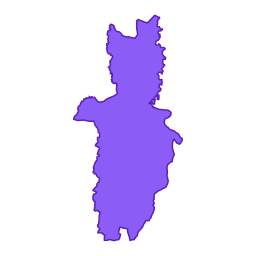 Bagoue, Savanes, Ivory Coast
{"feature_id": "98640826B26044148659027", "entity_name": "Bagoue", "entity_type": "district", "adm_level": 2, "iso_a3": "CIV", "parent_name": "Ivory Coast", "parent_adm1": "Savanes", "projection": "natural_earth1", "projection_center": [-6.474, 9.903], "detail": "fine", "context": "isolated", "style": "filled", "palette": "violet", "viewbox_px": 256, "rotation_deg": 0, "n_neighbors": 0, "source": "geoboundaries", "source_scale": "gbopen_adm2", "svg_char_len": 5729}
<svg xmlns="http://www.w3.org/2000/svg" viewBox="0 0 256 256"><path d="M162.2,82.6L161.8,82.3L162.0,79.8L161.5,79.5L160.2,79.9L158.8,79.0L158.9,75.9L157.3,74.0L158.9,72.5L160.0,72.1L160.9,72.2L161.5,73.7L161.9,73.9L162.2,73.5L162.3,72.4L163.1,71.1L161.9,69.6L161.7,68.8L164.7,65.1L164.4,64.7L163.3,64.3L163.1,63.5L162.4,62.8L163.0,60.9L162.9,59.5L163.2,59.2L163.9,59.0L165.3,59.3L165.6,57.8L165.4,57.3L163.8,56.2L162.6,54.9L162.3,51.6L163.5,50.2L164.9,49.2L165.1,48.5L164.0,47.6L160.6,47.4L160.3,47.0L160.3,45.4L159.3,44.2L158.7,44.0L158.0,45.0L156.9,45.2L155.8,44.6L155.5,43.5L156.2,41.2L157.2,40.4L158.1,40.3L159.4,38.6L160.3,36.6L159.9,36.0L159.2,36.2L160.0,34.5L159.6,34.1L158.5,34.0L157.9,32.6L158.1,32.0L158.9,31.0L161.0,30.8L162.4,29.4L162.3,29.0L160.9,29.0L159.5,27.5L159.1,26.6L157.9,26.7L157.0,25.9L157.0,25.1L157.3,24.7L157.8,22.0L157.3,20.8L159.0,18.9L159.1,18.1L159.6,17.9L159.4,17.3L158.0,17.2L157.3,16.5L154.7,15.4L147.5,22.8L144.6,22.2L141.6,20.8L139.9,20.4L138.5,19.5L137.1,20.3L136.5,21.0L136.9,21.8L136.7,22.7L136.7,28.4L137.7,34.5L135.1,38.1L134.3,38.3L131.8,37.5L130.8,37.6L129.2,36.8L126.4,36.9L125.4,36.7L122.1,35.4L121.5,33.9L119.7,32.2L118.8,31.7L117.0,31.6L116.2,31.0L114.9,29.4L114.3,26.7L113.3,25.3L111.2,24.3L110.3,24.5L110.3,25.0L109.6,25.7L109.7,27.3L109.4,28.0L109.5,28.6L110.6,29.0L110.6,29.5L110.4,30.2L109.8,30.6L108.7,30.5L107.7,31.3L107.8,32.3L107.2,33.8L107.2,34.6L108.5,36.1L108.4,37.7L107.8,39.0L108.2,40.3L107.9,41.5L108.8,42.8L108.6,43.3L108.1,43.8L107.2,43.5L106.8,43.7L106.6,45.4L107.2,46.2L107.3,47.0L107.3,47.3L106.7,47.7L106.6,48.2L106.8,49.6L107.3,50.3L107.2,51.7L107.6,52.6L108.6,53.8L110.6,53.8L110.5,54.9L110.6,55.4L112.2,55.8L112.6,56.7L112.3,57.8L110.6,60.7L109.8,61.2L110.5,62.6L110.0,63.2L110.5,65.6L108.5,67.0L109.2,67.3L109.4,68.2L109.3,68.8L109.9,69.0L110.0,69.2L109.8,70.3L110.7,71.6L110.6,72.1L110.9,72.6L110.5,73.3L111.4,73.1L111.7,73.3L111.7,74.0L112.2,73.8L112.4,74.5L112.1,74.8L112.1,75.9L112.5,75.9L112.5,76.3L112.0,76.7L111.7,76.6L111.6,76.9L112.1,78.5L112.0,79.3L111.5,79.6L112.0,80.0L111.7,81.1L112.1,81.0L112.3,81.2L112.1,81.8L112.6,82.0L112.6,82.5L113.3,83.3L114.2,83.5L115.3,82.9L115.8,83.6L116.3,83.4L116.8,84.1L116.4,90.0L116.9,91.8L117.5,92.6L117.4,93.4L117.0,94.0L114.3,95.8L107.3,98.7L103.4,101.6L99.2,102.1L97.9,101.7L94.5,97.4L93.3,97.5L92.6,97.0L91.7,96.8L91.3,97.6L90.8,98.0L90.3,97.2L89.3,96.7L89.4,97.4L88.9,97.8L87.2,98.1L86.5,97.8L85.8,98.2L84.9,99.1L84.0,98.9L84.0,99.4L83.3,100.9L82.8,101.3L81.8,101.2L81.6,102.0L81.1,102.4L80.1,104.6L79.9,105.6L78.6,106.3L78.1,107.0L78.0,107.8L78.1,108.6L77.8,109.2L78.4,110.1L78.3,111.8L77.4,112.8L77.2,113.8L76.5,114.9L74.8,116.0L74.0,117.9L73.7,119.3L77.7,120.5L83.2,120.1L85.7,120.4L86.8,120.8L89.3,121.2L91.9,121.3L93.7,121.0L95.2,125.4L97.3,128.0L98.4,130.4L98.2,132.2L99.0,132.6L99.5,133.5L99.7,135.5L99.6,136.8L99.2,137.2L98.0,137.3L97.5,137.7L97.5,140.3L98.0,141.1L98.1,142.3L96.5,143.5L95.6,144.8L95.4,145.5L95.9,146.0L99.2,147.6L99.7,148.2L98.7,150.2L97.4,153.7L97.4,154.1L99.4,154.9L99.0,155.5L99.1,156.0L97.6,156.5L97.0,157.1L96.9,158.2L97.2,159.5L96.6,160.7L95.9,161.3L94.6,163.9L93.4,167.8L93.9,168.9L94.0,170.7L93.1,171.7L93.0,172.2L93.3,172.6L94.2,173.0L94.3,173.8L95.6,173.6L97.4,176.7L99.4,178.2L99.4,179.9L99.1,180.7L99.0,182.2L97.9,182.4L97.6,183.3L96.9,184.0L96.8,184.5L97.1,185.2L96.9,186.1L94.8,187.9L93.0,190.5L96.7,192.2L95.1,194.2L94.0,194.1L93.6,194.5L93.0,195.9L93.0,198.3L93.1,199.9L94.0,200.4L94.1,201.4L94.9,201.5L95.2,201.9L94.6,204.6L95.1,205.9L94.6,207.1L94.5,209.3L94.0,210.0L95.1,211.0L97.4,210.4L98.5,211.6L99.6,211.9L99.6,212.4L100.2,212.8L99.2,215.3L99.0,221.4L98.6,222.8L98.6,224.0L97.8,224.8L97.6,226.5L99.0,227.9L99.8,229.2L98.0,231.6L97.9,232.8L100.7,232.8L102.1,233.1L103.1,234.3L103.6,234.3L104.2,235.0L104.8,235.2L104.8,236.4L104.4,236.9L104.3,237.9L104.4,240.3L106.6,240.4L109.8,239.5L113.2,240.5L114.8,240.6L116.2,239.8L117.9,239.9L118.7,239.5L119.4,238.6L120.6,234.5L120.3,234.1L119.3,233.9L118.7,233.1L118.6,231.3L119.4,230.0L119.2,228.9L119.7,227.5L121.0,227.3L123.0,228.1L123.6,228.0L127.0,228.9L127.6,229.3L127.6,231.6L129.5,237.6L130.0,240.4L132.8,239.6L134.0,239.7L135.9,237.0L136.8,236.2L137.6,234.4L137.9,232.6L138.6,231.5L142.1,227.7L144.0,223.7L145.1,222.4L145.4,221.0L145.7,220.6L146.9,220.5L147.6,220.8L149.1,220.6L149.7,219.0L151.1,217.4L151.6,215.4L153.0,212.9L154.3,208.8L154.2,207.1L153.3,205.9L153.0,204.9L154.3,203.7L154.2,203.1L153.3,201.1L153.4,200.5L154.2,199.0L154.0,195.9L154.6,193.8L158.4,190.8L161.4,189.5L162.9,188.5L165.4,187.5L166.2,186.5L167.6,183.5L168.3,180.7L167.7,179.7L167.7,178.1L166.9,176.3L167.4,172.2L167.0,168.3L167.1,165.7L167.9,164.5L170.8,161.8L172.0,161.8L173.0,157.2L174.3,154.6L172.5,148.6L172.3,144.8L172.9,141.1L173.5,139.8L174.1,139.3L176.8,143.0L179.5,144.2L180.0,143.8L181.6,141.6L182.1,140.6L182.3,139.4L182.0,138.3L180.5,137.6L178.3,133.9L177.3,133.2L176.2,132.8L174.4,131.1L169.8,129.5L167.9,127.3L167.0,126.9L164.8,124.7L164.3,121.9L164.9,119.2L165.6,118.6L168.8,117.3L170.9,115.0L171.0,112.6L170.6,111.9L169.0,110.7L167.8,110.2L159.1,109.4L154.5,107.6L154.1,107.9L153.1,107.3L153.4,106.8L152.6,106.1L151.4,103.8L150.8,103.5L149.5,103.7L149.1,103.6L149.7,102.4L150.5,102.9L151.2,102.2L151.4,100.4L151.6,100.2L151.8,100.3L151.4,101.3L152.2,103.0L153.8,104.1L154.5,104.0L154.8,101.2L155.3,99.2L154.9,98.9L154.3,99.0L153.2,99.7L152.9,99.3L154.0,98.8L154.5,97.5L155.9,96.5L156.2,95.7L157.1,96.3L157.4,97.9L157.2,99.0L158.0,99.6L158.6,99.6L158.9,98.9L158.9,95.2L158.6,94.9L157.6,95.1L157.1,94.6L157.2,93.9L157.9,92.5L159.6,91.0L160.2,90.9L160.6,90.3L160.5,89.6L160.9,88.6L159.0,87.2L159.5,84.6L160.3,84.0L161.3,85.0L161.7,84.9L161.7,83.8L162.2,82.6Z" fill="#8b5cf6" stroke="#5b21b6" stroke-width="1.5"/></svg>